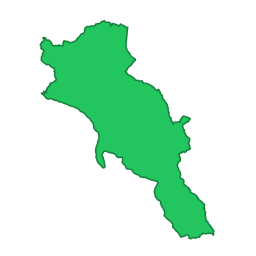 Tachileik, Shan, Myanmar, rotated 95°
{"feature_id": "60261553B30441775870549", "entity_name": "Tachileik", "entity_type": "district", "adm_level": 2, "iso_a3": "MMR", "parent_name": "Myanmar", "parent_adm1": "Shan", "projection": "mercator", "projection_center": [100.149, 21.048], "detail": "fine", "context": "isolated", "style": "filled", "palette": "green", "viewbox_px": 256, "rotation_deg": 95, "n_neighbors": 0, "source": "geoboundaries", "source_scale": "gbopen_adm2", "svg_char_len": 5759}
<svg xmlns="http://www.w3.org/2000/svg" viewBox="0 0 256 256"><g transform="rotate(95 128 128)"><path d="M27.8,137.1L28.0,137.9L27.7,138.9L26.7,140.3L26.1,142.1L26.1,142.6L25.9,143.6L25.1,144.2L25.2,144.5L27.4,146.3L26.6,147.2L26.2,148.0L26.3,148.7L26.0,148.8L25.7,149.5L25.5,150.4L25.7,151.0L25.2,152.0L25.2,152.7L26.7,153.0L27.2,153.5L27.8,153.8L27.8,154.1L27.5,154.4L25.2,154.6L24.3,155.9L24.6,159.2L24.4,159.8L23.3,160.6L23.2,161.2L23.8,161.9L24.1,163.0L24.6,163.8L26.1,164.8L26.5,165.5L26.5,167.1L27.3,168.3L27.1,169.0L28.2,169.5L29.0,170.5L29.6,170.9L29.7,172.3L29.4,173.1L29.7,174.0L30.2,174.5L30.5,177.9L31.0,178.5L32.9,179.8L35.9,179.7L37.6,180.5L38.2,182.4L39.0,183.2L41.7,184.7L42.4,185.7L44.8,187.1L45.8,188.1L46.8,189.4L48.3,193.5L47.2,195.1L47.0,196.4L47.1,197.3L46.7,199.0L47.1,199.8L48.3,199.6L49.4,200.3L50.8,199.6L51.9,200.0L51.6,202.9L52.0,203.6L51.3,203.8L51.3,204.0L51.9,204.7L52.2,206.0L52.1,207.2L52.6,208.6L52.6,210.2L50.6,211.2L49.1,212.3L47.6,214.0L47.3,214.8L47.6,216.9L46.1,217.6L45.4,218.2L45.2,220.3L46.0,220.5L46.9,219.6L48.3,219.3L49.8,221.3L50.8,221.4L51.8,222.3L52.8,222.7L54.8,221.5L56.2,221.7L57.2,220.4L57.0,219.9L57.2,219.4L58.7,218.4L59.7,219.1L60.3,218.9L61.6,219.8L62.7,219.4L64.4,220.4L68.0,220.3L69.9,218.2L71.1,215.9L71.8,215.4L72.0,214.2L71.7,213.5L71.9,211.9L72.3,211.2L73.1,210.8L73.8,210.0L75.3,206.5L78.1,206.1L78.3,206.4L78.7,205.7L81.7,205.8L84.8,204.4L85.7,203.5L86.2,203.5L87.0,204.6L88.3,205.6L89.9,207.8L89.8,208.8L90.2,209.2L91.6,209.7L92.1,209.3L92.4,210.0L93.2,209.9L93.4,210.8L94.0,210.9L95.0,211.9L95.6,212.2L96.0,212.2L96.2,211.7L96.4,211.8L96.8,212.3L97.4,212.4L97.9,213.2L97.8,212.3L98.1,212.1L98.7,212.8L98.7,213.5L99.0,213.6L99.8,212.9L99.7,213.4L99.0,214.0L99.4,214.5L99.1,215.0L100.0,214.8L100.4,214.2L100.7,214.2L100.4,214.9L101.5,215.9L100.7,216.1L100.6,216.7L101.0,217.2L101.4,217.0L101.9,215.5L105.9,211.5L106.1,209.4L105.4,207.9L105.5,206.7L106.8,203.3L106.6,200.9L107.5,200.1L107.9,198.9L108.0,197.0L110.1,189.8L111.0,187.5L111.5,184.0L113.1,179.9L113.9,178.3L115.4,177.0L115.9,176.1L116.2,174.4L118.3,171.3L120.2,169.9L122.0,166.8L123.0,166.4L125.8,163.5L128.7,162.4L130.9,162.1L133.0,160.5L133.7,159.7L134.5,157.9L135.2,157.1L139.1,156.0L140.4,156.2L142.2,156.2L143.1,156.4L143.8,157.0L146.4,157.0L151.2,158.3L154.3,158.2L157.4,157.1L159.8,157.4L161.7,156.3L163.6,155.8L164.8,155.0L166.5,153.4L168.3,150.8L169.6,150.0L169.8,149.4L169.7,148.4L169.3,147.8L168.6,147.6L164.1,148.6L160.9,149.8L159.6,150.0L159.0,150.8L158.4,151.2L156.6,151.3L154.8,150.8L153.3,149.6L152.8,148.8L153.0,147.7L153.6,146.4L154.3,143.5L154.3,141.6L154.8,139.3L155.7,138.0L157.8,136.3L158.2,134.7L158.0,133.3L157.3,131.4L157.6,131.1L160.1,130.5L161.9,130.7L163.0,130.7L164.7,128.9L165.4,127.9L166.6,127.0L168.2,126.3L168.7,125.6L168.9,124.7L168.9,122.0L169.1,121.1L169.9,120.1L170.9,119.6L172.2,118.3L173.4,115.7L174.0,112.9L175.4,111.8L175.7,111.2L175.9,106.1L177.4,100.8L177.9,99.9L178.0,97.7L178.7,94.1L179.4,93.5L180.0,93.5L183.1,94.4L185.6,95.8L187.7,95.9L189.2,96.4L192.4,95.0L193.7,94.9L197.0,92.0L198.2,89.3L198.8,88.8L200.2,89.1L200.7,89.0L201.1,88.2L202.5,88.0L203.3,87.1L204.4,86.6L206.3,85.1L209.5,83.9L211.5,84.4L212.3,84.3L213.0,83.2L214.6,81.7L216.2,79.5L216.9,78.0L218.8,76.0L219.8,75.1L220.9,74.8L222.8,74.8L225.3,72.0L226.5,71.0L227.5,69.2L229.5,67.8L230.1,66.9L231.8,66.3L232.1,65.8L231.2,63.6L231.1,62.7L229.1,60.1L230.1,57.9L232.5,57.5L232.8,55.6L231.8,54.0L231.6,52.5L231.9,51.4L231.7,50.6L231.2,50.0L230.5,49.6L230.5,47.1L228.6,46.8L227.2,44.7L226.5,44.7L226.2,44.4L226.7,42.0L225.6,36.8L225.8,35.7L226.3,34.5L227.1,33.8L226.5,33.3L225.3,33.8L222.7,33.6L222.4,34.5L221.7,35.1L220.9,35.0L220.1,36.1L218.9,36.8L215.7,40.0L214.1,40.5L213.8,42.3L212.6,42.1L211.6,42.7L210.0,42.9L208.4,43.5L207.9,43.3L204.9,43.5L203.8,44.4L202.4,44.9L201.6,44.6L201.4,44.9L201.8,45.3L201.6,45.6L201.2,45.6L200.8,45.1L200.3,45.0L198.9,45.4L198.1,44.8L195.1,48.0L193.6,50.3L193.1,51.9L192.3,51.6L191.8,51.8L191.0,52.7L189.6,53.7L188.1,56.1L186.9,60.2L184.9,60.2L184.6,60.5L184.2,62.0L183.3,61.5L182.3,62.5L180.7,65.4L178.7,67.8L177.5,68.1L176.8,67.5L175.9,67.6L174.4,68.9L173.8,69.7L173.5,71.2L172.2,72.1L170.0,71.5L169.0,71.7L167.2,72.5L165.6,73.5L165.0,74.2L163.7,74.2L162.5,75.2L160.7,75.9L159.5,75.1L158.0,75.2L156.2,73.1L153.0,73.4L152.8,73.9L151.3,74.5L150.8,74.4L150.0,75.2L149.3,74.8L148.9,74.5L148.7,73.6L148.0,73.3L148.1,72.7L147.7,71.9L146.7,71.3L147.2,69.9L146.9,68.5L146.3,67.9L145.3,67.8L144.9,66.8L143.5,64.2L140.7,65.0L139.2,65.9L138.5,66.6L137.4,66.0L133.7,65.5L132.9,65.9L131.2,68.9L129.5,69.8L129.4,70.5L127.8,70.8L126.4,72.1L125.2,71.4L124.0,72.8L121.1,73.9L119.3,73.1L119.1,72.2L118.7,71.5L117.2,70.3L117.0,69.0L113.9,66.9L112.9,67.3L111.7,71.4L111.4,73.8L111.5,74.2L113.3,75.3L114.0,75.3L114.6,76.4L115.6,76.6L116.2,76.2L116.9,76.8L117.7,76.9L117.8,77.2L117.1,77.5L117.8,78.5L117.8,79.4L118.1,80.3L117.9,81.1L118.1,82.0L119.0,82.8L120.0,83.1L119.9,83.3L118.7,84.2L117.8,84.5L117.2,85.4L116.2,85.9L115.1,85.7L114.2,86.1L113.8,87.1L110.9,88.6L110.1,88.7L109.3,88.4L107.1,89.6L104.8,89.7L102.0,90.9L101.4,91.0L100.7,91.4L100.6,91.9L99.7,92.1L99.1,93.3L97.6,93.7L96.8,94.7L96.3,95.1L95.5,96.3L92.9,96.5L90.9,98.7L88.9,99.3L87.3,100.5L87.0,101.6L88.2,102.1L88.0,102.9L86.9,104.6L86.0,105.2L84.8,106.6L83.5,109.0L82.4,111.7L81.9,114.6L82.1,116.4L79.9,118.0L80.3,120.7L79.8,121.6L79.7,125.1L79.1,125.2L77.9,126.0L78.0,126.5L77.7,127.4L77.0,127.7L76.6,128.9L76.0,129.4L74.8,132.8L73.5,133.8L72.9,134.9L71.9,135.7L71.7,134.8L71.1,134.4L68.7,133.7L67.9,133.0L66.9,132.6L64.9,130.0L63.3,129.5L62.2,128.3L61.4,128.0L60.6,128.3L60.0,126.7L59.0,126.7L58.5,127.1L56.7,130.6L55.7,131.7L53.0,133.3L50.9,135.5L47.2,137.1L44.5,137.3L27.8,137.1Z" fill="#22c55e" stroke="#15803d" stroke-width="1.5"/></g></svg>